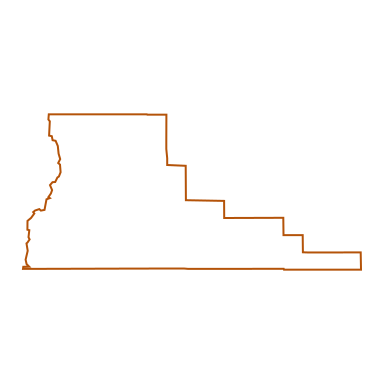 Deschutes, Oregon, United States of America (Robinson projection)
{"feature_id": "52423323B1877427003284", "entity_name": "Deschutes", "entity_type": "district", "adm_level": 2, "iso_a3": "USA", "parent_name": "United States of America", "parent_adm1": "Oregon", "projection": "robinson", "projection_center": [-121.474, 44.002], "detail": "fine", "context": "isolated", "style": "outline", "palette": "amber", "viewbox_px": 384, "rotation_deg": 0, "n_neighbors": 0, "source": "geoboundaries", "source_scale": "gbopen_adm2", "svg_char_len": 888}
<svg xmlns="http://www.w3.org/2000/svg" viewBox="0 0 384 384"><path d="M166.4,114.7L147.3,114.7L146.9,114.3L48.8,114.3L48.4,119.5L49.8,121.3L49.1,135.6L51.8,136.2L52.6,140.2L55.6,140.8L57.8,146.0L58.6,153.7L60.2,159.1L58.2,163.0L60.0,164.6L60.6,172.2L58.9,176.5L57.4,177.5L55.2,182.0L52.5,182.2L50.0,185.1L52.1,190.1L50.9,193.5L48.4,197.1L49.8,198.1L46.5,199.3L44.5,209.9L40.9,210.6L39.3,209.1L35.1,210.5L33.2,212.1L34.3,213.5L31.1,217.9L27.5,220.9L27.4,229.7L29.3,230.2L28.5,237.2L29.6,239.4L27.5,242.5L26.5,243.4L27.7,250.8L25.6,259.7L26.6,264.1L29.1,266.6L23.3,266.8L23.0,268.9L130.5,268.6L183.7,268.5L188.4,268.9L283.7,268.8L284.0,269.7L361.0,269.7L360.7,252.4L309.3,252.5L302.9,252.3L302.7,235.1L283.5,235.1L283.3,217.8L224.2,218.0L224.1,200.9L185.9,200.2L185.7,165.8L167.2,165.0L167.2,158.3L166.3,149.0L166.3,140.3L166.4,114.7Z" fill="none" stroke="#b45309" stroke-width="2"/></svg>